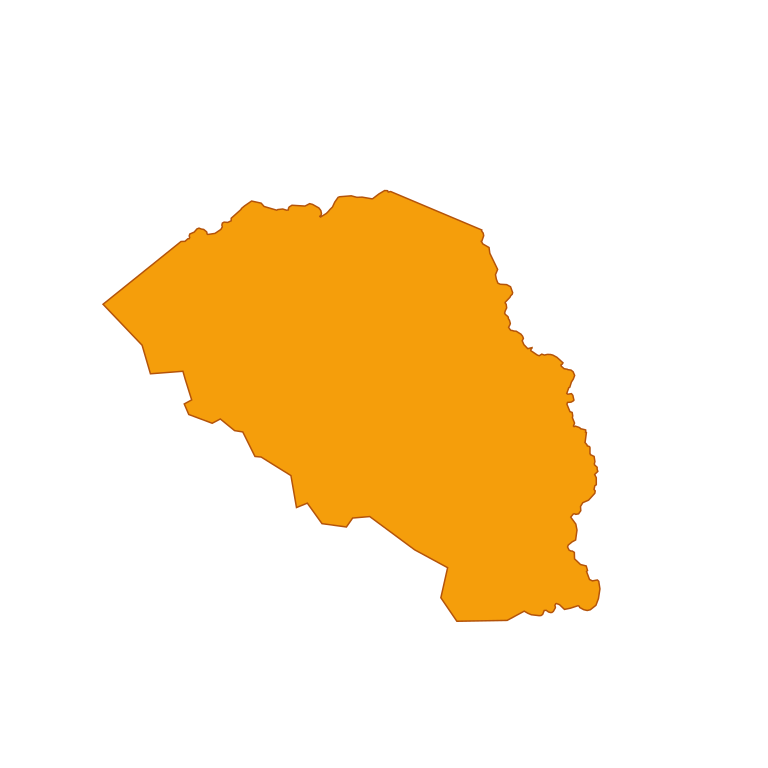 McDowell, West Virginia, United States of America, rotated 206°
{"feature_id": "52423323B38725266060317", "entity_name": "McDowell", "entity_type": "district", "adm_level": 2, "iso_a3": "USA", "parent_name": "United States of America", "parent_adm1": "West Virginia", "projection": "natural_earth1", "projection_center": [-81.736, 37.375], "detail": "fine", "context": "isolated", "style": "filled", "palette": "amber", "viewbox_px": 768, "rotation_deg": 206, "n_neighbors": 0, "source": "geoboundaries", "source_scale": "gbopen_adm2", "svg_char_len": 3624}
<svg xmlns="http://www.w3.org/2000/svg" viewBox="0 0 768 768"><g transform="rotate(206 384 384)"><path d="M154.2,241.0L150.4,241.2L143.0,243.8L141.4,244.7L140.4,246.4L140.7,250.7L139.0,251.7L136.2,251.2L134.0,251.6L132.9,252.3L132.1,253.9L131.9,257.8L132.1,258.6L133.3,259.8L133.3,261.8L132.8,262.3L129.5,262.6L123.0,260.5L118.2,264.2L112.4,269.8L111.1,269.8L110.1,268.9L105.6,268.7L102.1,269.5L99.6,271.5L96.5,278.0L97.2,285.2L100.1,294.5L104.5,300.8L106.3,301.4L110.4,298.4L113.6,298.4L119.8,304.3L119.3,305.6L122.5,309.1L128.3,307.9L136.1,310.4L139.1,316.1L141.5,316.4L142.9,315.8L144.9,315.9L147.6,318.0L147.8,320.1L145.7,324.6L143.4,327.8L146.5,337.3L150.2,342.2L157.8,346.2L156.9,350.1L155.8,350.9L154.5,350.9L152.2,352.6L151.6,356.4L153.7,360.1L153.3,364.5L149.2,369.3L146.6,378.2L147.3,380.5L149.0,381.3L149.9,385.0L149.0,386.5L152.1,392.8L152.3,393.0L155.0,395.0L153.5,399.2L155.1,400.9L155.9,402.6L159.3,403.6L160.0,404.6L160.4,406.7L163.4,411.0L167.4,411.0L167.8,411.5L168.3,411.6L170.8,416.8L171.3,417.5L172.1,417.8L172.4,417.8L174.2,417.5L174.9,418.3L177.8,419.6L177.9,420.4L180.8,429.1L181.2,429.1L181.8,429.1L181.8,429.7L182.6,431.1L183.4,431.0L187.7,430.0L188.4,430.4L189.9,430.5L193.5,430.0L194.5,429.0L195.3,429.3L195.6,432.4L199.9,436.3L200.4,438.1L202.4,440.9L204.8,440.7L210.8,446.1L211.0,447.9L207.9,449.7L206.4,451.9L206.2,452.6L206.6,453.3L207.0,453.7L209.3,456.6L211.3,457.5L214.3,455.4L215.6,455.6L216.3,461.7L216.0,462.0L215.6,462.5L216.4,467.9L216.0,471.5L216.4,475.3L219.4,477.9L222.0,478.5L225.1,477.5L225.8,477.6L228.8,476.7L232.4,477.7L233.3,478.6L232.5,480.1L232.4,481.5L240.3,483.8L244.9,484.0L247.3,483.5L250.2,482.2L252.5,480.3L253.6,480.2L255.3,480.0L256.8,477.5L258.6,477.2L266.7,478.3L267.1,479.7L266.7,481.1L266.9,481.6L269.7,479.3L270.3,478.8L275.5,480.7L278.7,483.4L278.7,486.1L280.4,487.7L282.5,488.7L282.6,488.8L288.3,489.4L290.6,488.5L291.7,488.4L292.6,488.2L293.5,487.8L294.7,488.3L296.9,489.6L296.8,491.8L296.8,492.6L297.0,493.8L299.1,496.2L300.9,497.3L301.5,498.4L302.2,498.9L305.3,499.7L306.6,500.5L307.1,502.9L307.1,506.2L309.2,509.3L310.3,509.7L310.9,510.5L308.8,517.2L308.8,519.0L308.1,520.8L308.4,522.5L312.3,526.3L312.9,526.9L317.3,527.1L321.6,525.3L323.3,524.6L325.9,524.6L328.9,527.4L331.7,531.1L332.1,536.8L346.2,547.9L349.4,552.7L356.5,553.2L359.1,554.9L358.7,555.3L359.4,561.0L361.0,563.1L363.3,564.3L363.6,565.3L462.4,559.9L464.3,558.4L465.1,558.9L465.5,559.3L466.1,559.1L468.3,558.1L471.9,552.6L475.3,545.8L475.9,545.2L485.5,542.4L490.2,539.9L495.9,538.8L505.9,532.9L507.1,531.6L508.0,525.9L507.9,520.5L509.1,517.1L509.7,514.6L510.6,512.0L514.2,506.3L515.1,506.4L515.1,507.2L514.5,507.8L514.9,509.8L516.8,512.2L519.7,513.7L527.0,514.1L529.9,513.5L533.0,509.3L545.1,504.3L546.8,501.6L546.9,500.2L546.3,498.5L547.7,497.5L551.7,496.9L556.0,494.2L556.6,493.2L569.6,491.0L573.7,492.7L583.2,490.4L587.4,483.0L589.1,479.2L589.0,478.3L589.5,477.0L594.0,466.0L592.9,463.7L595.3,460.7L598.7,459.4L599.8,457.8L599.4,455.8L598.2,454.3L598.4,451.4L601.9,445.3L607.1,441.7L608.3,441.1L609.0,441.5L609.8,442.8L610.5,443.1L613.8,443.9L616.1,443.2L618.6,443.0L620.1,441.4L621.2,437.3L624.3,433.7L624.0,431.7L622.9,430.6L622.8,429.3L623.9,428.6L624.8,426.5L625.4,425.0L628.9,423.1L671.5,332.5L618.4,312.8L598.4,290.8L570.3,307.3L565.0,301.4L549.9,285.4L554.8,278.5L546.1,271.0L521.2,273.4L515.8,280.8L497.9,276.6L489.9,279.0L468.2,262.3L462.4,264.5L427.5,260.9L408.5,234.6L400.7,243.3L378.5,231.3L355.1,239.0L353.4,249.8L338.7,258.6L283.8,248.4L246.3,246.8L239.2,216.8L214.5,202.7L169.7,225.5L158.4,241.3L154.2,241.0Z" fill="#f59e0b" stroke="#b45309" stroke-width="1.5"/></g></svg>